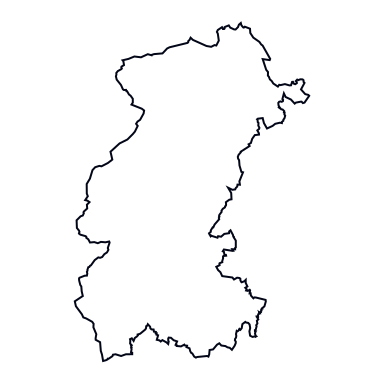 Borris-In-Ossory -Mountmellick Lea-6, Laoighis, Ireland (Mercator projection)
{"feature_id": "5873133B47700529765173", "entity_name": "Borris-In-Ossory -Mountmellick Lea-6", "entity_type": "district", "adm_level": 2, "iso_a3": "IRL", "parent_name": "Ireland", "parent_adm1": "Laoighis", "projection": "mercator", "projection_center": [-7.469, 52.998], "detail": "fine", "context": "isolated", "style": "outline", "palette": "ink", "viewbox_px": 384, "rotation_deg": 0, "n_neighbors": 0, "source": "geoboundaries", "source_scale": "gbopen_adm2", "svg_char_len": 5959}
<svg xmlns="http://www.w3.org/2000/svg" viewBox="0 0 384 384"><path d="M103.1,361.0L106.0,360.2L107.4,359.5L107.7,358.7L108.5,358.8L112.4,356.2L113.0,354.7L115.6,354.3L121.1,356.0L125.8,354.3L132.2,354.2L132.2,352.7L131.0,352.2L131.6,349.0L131.1,347.8L131.6,347.4L131.0,345.8L131.7,345.2L130.1,343.6L130.3,340.5L130.0,339.2L131.8,338.3L133.6,340.9L134.8,338.0L137.0,336.4L138.0,335.2L137.7,334.5L140.2,333.7L145.3,329.5L146.0,328.3L146.2,326.2L147.2,325.7L147.8,324.2L150.1,326.7L150.4,328.4L151.5,329.4L153.6,329.5L153.9,331.6L155.8,331.9L155.7,333.2L156.7,333.3L156.4,334.6L158.1,335.3L156.8,339.8L159.5,340.4L160.7,341.5L162.4,340.1L166.5,342.4L168.2,344.0L168.7,341.5L168.3,341.0L168.2,338.6L168.7,337.6L171.0,337.8L173.6,340.2L177.1,341.4L175.6,344.9L176.9,345.4L176.8,346.0L181.0,346.4L184.2,344.7L184.4,345.3L187.0,345.7L186.5,347.1L189.5,348.3L190.2,351.1L191.2,352.9L192.3,353.4L194.2,356.6L195.9,357.6L197.1,357.0L207.1,356.0L208.4,356.6L209.2,354.4L209.6,350.0L213.1,349.4L217.0,344.7L219.3,343.3L221.3,345.5L225.5,346.1L227.4,347.3L229.7,347.8L231.9,349.8L234.6,345.8L235.7,343.2L235.8,341.7L234.9,340.2L235.1,338.9L236.0,337.6L236.3,335.9L236.0,334.1L236.7,331.0L237.2,331.4L238.0,331.0L239.2,329.9L239.0,329.5L239.4,328.9L240.4,329.8L241.7,328.2L242.4,324.1L245.3,321.9L246.0,322.5L248.2,322.9L249.6,324.5L250.2,328.1L249.4,331.3L250.1,335.7L252.5,336.9L255.0,336.4L256.0,337.4L255.7,336.6L256.3,336.3L255.6,335.7L255.0,333.4L255.4,332.2L255.1,331.7L255.6,331.2L255.0,331.0L254.9,330.1L255.8,329.4L256.6,326.2L256.2,325.2L257.4,323.5L256.9,320.7L258.3,319.4L257.6,318.2L257.9,317.7L257.3,317.3L257.8,316.9L257.0,316.3L258.0,316.0L258.2,314.3L259.2,313.8L259.1,313.0L259.7,313.1L259.4,312.4L260.0,312.8L260.8,312.3L260.5,311.8L261.5,310.7L261.1,310.0L261.7,308.7L262.4,308.7L262.4,308.0L264.4,306.4L265.8,301.5L265.6,299.9L255.8,297.5L254.4,297.4L253.4,298.3L250.9,295.5L250.6,293.3L249.6,293.4L250.1,290.3L249.7,289.8L247.8,290.9L246.1,290.5L246.7,289.3L245.3,287.8L247.4,286.5L245.7,282.9L245.7,279.9L244.4,281.2L241.7,282.3L241.1,281.8L240.4,280.3L240.3,278.6L239.3,278.0L237.1,277.7L234.0,279.5L232.4,277.5L222.2,276.1L220.4,272.2L218.1,270.1L216.3,266.8L219.6,265.2L219.4,263.7L219.6,263.2L222.3,262.2L222.2,261.2L223.1,258.3L223.0,256.7L223.4,256.0L226.1,255.7L225.9,254.9L224.5,255.0L223.9,251.8L222.8,251.3L223.9,249.5L232.8,250.9L233.3,250.8L232.3,249.2L235.1,249.3L235.0,248.1L235.8,247.5L235.8,240.6L233.9,237.6L233.9,236.9L233.3,236.6L233.0,235.0L230.5,230.3L229.2,231.4L229.1,233.2L224.3,233.9L221.1,236.7L218.1,236.2L217.5,237.7L211.4,235.8L210.7,236.4L210.4,235.9L210.5,235.1L209.7,234.8L209.0,233.3L210.8,231.8L210.8,230.4L212.7,227.3L213.3,227.4L214.6,224.5L219.2,219.2L218.8,218.0L219.4,216.7L219.0,216.2L219.4,214.8L221.6,211.9L221.5,210.7L222.8,208.8L224.9,207.4L225.1,206.3L225.9,205.6L226.1,204.4L225.9,202.2L229.3,199.7L231.5,199.3L231.2,193.0L228.1,187.7L232.4,189.8L235.2,189.4L235.8,188.0L237.2,186.6L237.5,184.6L239.9,184.7L239.4,181.3L243.0,172.3L241.4,171.9L239.5,165.5L239.1,160.2L238.1,158.6L237.8,156.9L238.6,154.8L240.8,152.3L240.7,151.7L249.6,146.0L248.6,144.3L250.9,143.0L252.2,138.8L254.8,135.1L259.0,134.6L258.9,133.2L257.3,130.4L259.1,128.9L259.4,127.8L258.3,125.6L258.5,122.9L257.8,122.2L257.5,119.7L257.1,119.3L257.8,118.7L262.7,118.1L263.9,123.0L267.0,128.5L272.6,125.9L275.2,123.8L280.0,122.7L281.9,123.1L282.0,121.8L283.3,120.8L283.4,119.6L284.4,118.4L285.2,115.7L284.4,114.4L284.6,112.6L283.9,112.4L284.2,111.1L282.6,109.5L281.2,109.3L279.7,107.4L279.4,107.9L278.7,107.3L279.1,106.5L278.5,105.2L278.3,102.9L279.1,101.8L280.6,101.4L281.7,101.8L282.9,101.2L283.1,99.8L282.4,99.1L283.9,93.4L285.6,97.0L290.9,99.5L294.7,103.6L295.9,102.6L300.6,101.7L301.6,101.7L302.9,103.1L304.5,102.6L309.2,95.8L308.3,94.9L305.2,94.1L301.0,89.4L304.5,82.9L303.6,82.0L303.5,80.2L302.6,79.4L300.3,79.3L298.4,80.1L297.2,79.6L295.8,81.1L296.8,82.0L296.8,83.2L295.2,84.2L293.7,83.6L293.0,81.8L292.1,81.9L291.0,85.3L289.5,85.4L284.9,84.1L280.6,85.1L279.2,84.8L277.9,86.6L273.3,83.5L271.7,81.0L269.9,79.4L268.9,76.8L267.9,75.6L268.0,72.0L266.2,69.8L262.7,59.1L269.7,60.1L270.2,58.9L262.6,45.5L261.2,44.5L259.4,41.9L253.3,37.6L250.3,33.0L250.0,28.7L244.8,26.7L243.8,27.6L243.2,27.4L241.4,25.3L240.8,23.0L238.9,24.7L238.0,27.1L235.6,29.5L234.1,29.4L230.2,27.6L228.8,25.4L225.0,26.9L224.5,27.3L224.6,28.5L224.1,29.0L222.9,29.0L222.0,27.2L217.8,30.0L216.9,31.9L217.8,33.6L218.8,40.6L216.3,45.5L214.5,45.1L211.2,46.8L206.5,46.0L192.9,39.9L190.6,37.7L189.6,39.8L188.2,41.2L188.2,42.3L187.5,42.9L169.5,47.3L167.1,48.5L162.5,53.4L154.1,54.1L151.9,54.8L151.7,55.3L147.8,54.2L141.0,57.3L134.4,56.5L128.5,58.9L122.6,60.3L123.4,61.3L124.0,65.1L121.5,66.6L121.3,67.3L121.8,68.6L121.2,69.2L117.8,71.1L116.3,73.0L116.4,74.7L115.9,76.3L116.7,79.6L121.0,85.0L122.9,89.3L123.9,90.0L126.0,89.9L126.4,91.1L127.0,91.1L129.0,94.5L130.6,95.7L132.8,98.8L132.8,102.6L131.5,104.6L141.8,108.7L144.1,110.5L143.6,113.5L140.1,119.8L137.5,121.6L136.1,123.8L137.7,125.9L134.9,131.6L132.8,134.1L127.4,139.5L119.6,143.4L110.5,151.7L112.3,159.6L107.9,163.0L101.5,166.3L99.3,165.9L95.2,167.2L92.5,170.1L89.9,178.7L86.7,184.0L86.8,193.6L87.8,196.2L85.2,200.1L87.5,200.7L89.5,202.1L86.9,204.7L87.2,208.5L83.8,211.6L83.5,212.3L83.8,213.3L82.8,215.5L80.6,216.3L76.6,220.3L76.9,228.0L79.0,230.6L79.5,231.9L78.9,233.3L79.1,233.7L80.5,234.7L85.7,236.2L86.3,236.8L86.3,237.8L88.3,239.3L90.0,242.5L94.3,242.1L97.8,243.2L100.9,241.9L105.5,242.3L109.2,241.5L109.6,242.6L107.8,248.0L108.4,249.8L107.0,252.4L104.3,254.2L102.2,257.0L100.1,257.8L98.3,257.4L94.7,260.1L91.0,265.3L90.0,265.8L89.4,266.9L88.3,267.2L87.4,269.9L87.5,270.7L86.9,271.8L87.3,273.5L86.9,275.6L84.7,275.7L79.4,277.8L79.0,278.8L79.2,280.7L80.3,285.0L81.3,286.4L81.7,291.3L82.8,296.0L74.8,301.3L75.9,306.2L81.9,314.3L83.3,317.4L86.3,318.5L92.2,321.8L93.6,323.8L93.4,327.3L96.3,334.2L95.6,338.3L95.7,339.8L100.1,342.2L100.8,350.9L102.0,354.6L103.1,361.0Z" fill="none" stroke="#020617" stroke-width="2"/></svg>